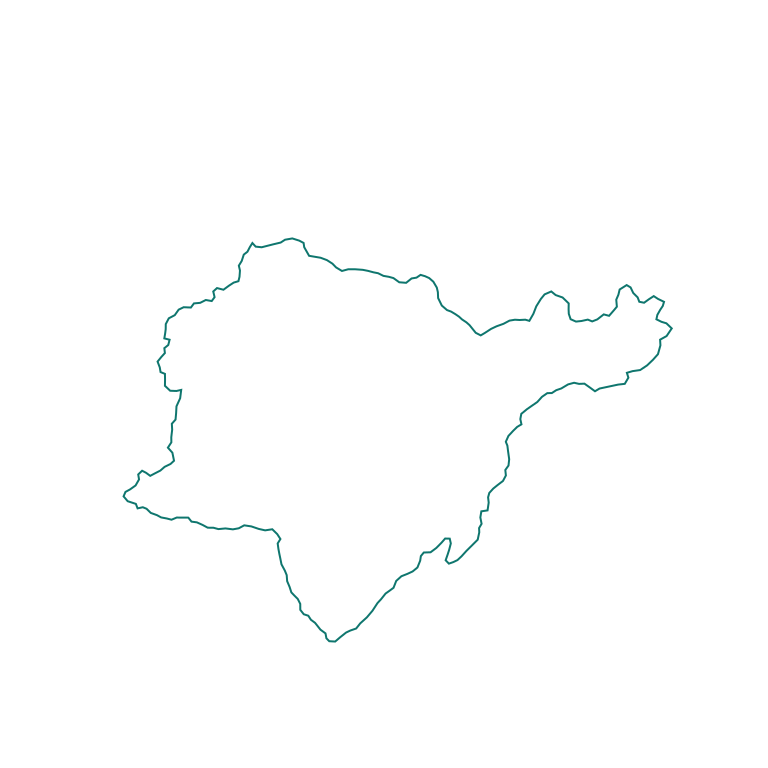 outline of Capão Bonito do Sul, Rio Grande do Sul, Brazil, rotated 237°
{"feature_id": "56859067B51661934602442", "entity_name": "Capão Bonito do Sul", "entity_type": "district", "adm_level": 2, "iso_a3": "BRA", "parent_name": "Brazil", "parent_adm1": "Rio Grande do Sul", "projection": "orthographic", "projection_center": [-51.394, -28.175], "detail": "fine", "context": "isolated", "style": "outline", "palette": "teal", "viewbox_px": 768, "rotation_deg": 237, "n_neighbors": 0, "source": "geoboundaries", "source_scale": "gbopen_adm2", "svg_char_len": 3766}
<svg xmlns="http://www.w3.org/2000/svg" viewBox="0 0 768 768"><g transform="rotate(237 384 384)"><path d="M573.9,350.4L571.9,346.1L569.3,341.5L568.9,336.9L564.7,331.7L562.3,326.7L557.6,325.0L552.6,321.2L549.5,317.9L550.9,313.2L550.9,307.5L550.5,300.7L555.4,296.2L554.6,291.2L549.1,289.2L547.4,284.7L551.5,280.3L552.2,274.0L555.1,268.5L553.3,263.7L557.5,257.8L558.2,252.3L555.7,246.0L556.3,239.3L553.1,233.6L548.9,230.8L545.6,228.0L541.9,224.6L537.9,228.3L534.2,224.3L533.7,219.3L529.3,217.1L527.9,211.8L526.1,206.3L520.1,205.0L515.7,203.1L511.8,205.8L507.0,202.8L501.8,199.3L494.8,201.0L491.2,206.1L489.5,210.7L483.1,205.3L478.3,197.8L472.8,193.8L467.7,189.8L466.2,184.4L461.1,181.5L455.2,176.6L450.9,173.9L448.3,168.1L441.6,169.1L434.0,166.1L433.2,161.4L434.0,154.9L433.2,149.3L433.8,143.4L434.3,137.9L439.1,136.1L443.0,133.9L442.0,128.6L437.4,126.6L434.2,120.4L433.9,113.6L434.3,108.4L431.6,104.4L425.3,105.2L418.6,110.6L413.9,109.6L412.0,114.6L408.7,116.9L402.9,118.2L397.6,122.2L393.5,124.4L389.5,128.6L385.9,131.9L384.9,137.4L381.6,142.4L378.5,147.1L373.4,147.6L369.9,151.7L364.6,155.1L359.5,157.9L356.4,162.6L352.5,166.1L349.2,172.4L344.4,178.1L342.1,183.6L341.6,189.8L336.8,195.2L330.7,200.0L326.0,204.6L323.0,211.2L316.3,212.7L310.4,212.7L308.2,208.0L303.1,205.6L298.5,203.7L294.1,202.0L288.6,199.8L281.5,199.2L276.7,198.3L271.4,195.4L265.2,194.3L259.7,192.8L255.4,193.6L250.7,194.6L245.2,194.0L240.2,190.8L234.6,191.3L230.9,194.3L226.1,194.3L221.2,196.1L212.6,196.9L206.7,199.1L202.1,197.2L198.1,198.0L194.6,202.8L195.5,209.5L196.2,216.8L195.6,221.4L194.1,227.5L196.2,233.7L197.6,242.5L200.1,250.8L203.8,259.2L205.1,264.3L207.4,271.2L207.6,276.0L207.9,281.0L212.2,287.0L213.3,293.9L212.0,300.3L211.2,305.9L211.9,312.1L216.1,318.1L219.6,321.2L221.0,325.6L217.5,331.4L218.0,338.6L219.6,345.9L221.1,351.1L218.5,354.9L213.9,353.2L209.5,348.4L206.4,344.6L202.6,339.7L198.0,340.6L196.9,345.1L196.3,349.7L197.3,355.3L199.1,362.1L202.4,377.8L207.7,383.1L211.4,385.3L213.6,389.7L219.6,392.1L224.2,396.3L221.6,402.0L227.5,407.2L232.3,409.6L235.3,413.0L236.8,418.7L237.4,424.5L237.9,431.0L240.9,436.4L245.8,438.9L247.8,444.0L252.7,448.0L260.6,451.7L265.1,453.9L269.2,454.7L272.7,460.1L274.4,466.9L275.5,472.4L275.3,477.3L280.3,479.2L284.2,482.9L285.0,490.1L285.2,495.9L285.4,502.8L287.2,509.5L287.4,516.0L285.0,519.8L285.0,525.1L283.7,530.3L283.4,538.2L281.5,544.1L277.9,547.6L275.1,552.3L268.8,554.8L263.0,557.0L262.8,562.3L256.0,580.0L253.0,586.0L256.2,592.4L261.1,593.8L259.4,599.5L256.2,606.4L256.3,614.7L257.8,622.7L259.8,630.0L265.9,636.9L270.8,639.7L270.3,647.1L273.9,655.6L281.1,653.9L285.0,650.6L289.9,647.7L293.1,650.9L295.8,656.1L297.6,660.3L300.4,663.6L306.2,660.1L310.8,658.1L310.8,652.3L310.5,646.4L313.9,642.9L318.5,643.9L324.6,642.6L330.7,643.4L334.8,641.4L334.9,633.1L331.2,629.2L328.2,624.7L322.0,621.4L320.6,616.9L318.6,609.9L322.7,606.2L322.0,598.1L323.1,592.7L327.0,590.0L329.3,583.9L331.8,579.0L336.7,575.8L342.2,577.2L346.1,579.5L351.0,582.8L359.3,580.9L365.1,576.4L370.5,574.7L371.7,567.5L369.9,561.9L366.2,554.0L361.5,547.5L357.8,540.3L361.0,537.5L363.8,532.6L366.6,528.8L368.8,523.8L369.4,517.0L371.1,509.8L371.9,503.8L371.9,496.3L372.1,491.6L377.0,488.8L386.8,487.8L390.8,486.7L395.7,484.6L399.6,483.6L403.7,481.9L408.2,479.7L411.7,477.1L418.3,475.2L426.6,476.2L431.7,479.2L436.1,480.8L442.9,481.1L448.2,479.6L452.1,477.1L455.6,474.1L455.5,469.2L457.5,464.6L456.8,457.7L461.0,452.2L467.7,449.6L471.3,446.4L475.0,442.4L480.1,439.4L483.4,436.0L487.6,432.2L491.3,428.4L496.0,422.2L499.7,416.5L501.7,410.3L507.9,407.3L513.0,406.3L519.0,403.6L524.4,399.6L532.3,391.0L542.2,391.6L546.1,393.4L550.4,391.0L556.0,386.4L558.9,379.6L558.9,374.4L561.5,367.1L565.3,355.9L569.1,351.2L573.9,350.4Z" fill="none" stroke="#0f766e" stroke-width="2"/></g></svg>